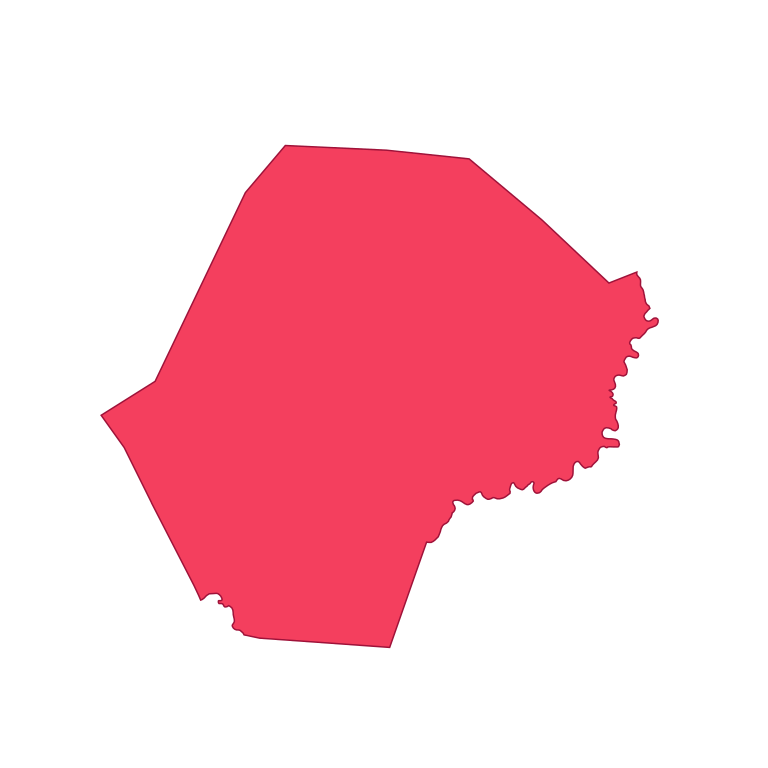 outline of Shaamar, Selenge, Mongolia, rotated 255°
{"feature_id": "93677404B82499437232686", "entity_name": "Shaamar", "entity_type": "district", "adm_level": 2, "iso_a3": "MNG", "parent_name": "Mongolia", "parent_adm1": "Selenge", "projection": "orthographic", "projection_center": [106.157, 50.033], "detail": "fine", "context": "isolated", "style": "filled", "palette": "rose", "viewbox_px": 768, "rotation_deg": 255, "n_neighbors": 0, "source": "geoboundaries", "source_scale": "gbopen_adm2", "svg_char_len": 4935}
<svg xmlns="http://www.w3.org/2000/svg" viewBox="0 0 768 768"><g transform="rotate(255 384 384)"><path d="M427.0,102.7L389.9,116.6L329.7,128.7L329.3,128.7L238.6,148.3L228.1,150.2L222.7,151.0L222.9,152.6L223.7,154.7L225.6,157.8L226.6,160.9L226.2,162.8L225.8,164.7L225.2,167.9L224.5,169.3L223.2,170.4L221.4,171.4L219.3,171.9L217.9,171.9L217.2,171.4L217.0,170.6L217.1,169.6L217.5,168.5L217.4,168.0L216.5,167.6L215.5,167.5L214.7,167.8L214.4,168.6L214.1,169.9L213.4,171.2L212.1,171.7L210.6,172.0L209.8,172.7L209.6,173.8L209.6,175.1L210.1,176.6L209.1,177.7L207.1,179.1L204.8,179.5L202.4,179.2L200.2,178.7L198.3,178.6L195.7,178.5L193.6,178.1L192.5,177.4L190.4,175.1L189.6,174.8L188.4,175.0L187.1,175.4L185.6,176.5L184.6,178.0L184.2,179.5L183.4,181.1L182.0,182.1L179.8,183.5L177.9,183.9L170.7,198.1L128.1,321.3L196.4,367.9L220.2,384.2L219.9,385.0L219.5,386.1L218.8,388.5L219.2,390.6L220.0,392.7L221.5,395.3L222.4,396.9L226.0,399.6L227.0,400.3L228.7,401.2L230.2,402.3L231.9,403.8L232.9,405.6L233.5,408.4L234.7,410.7L236.2,411.8L237.6,413.5L238.2,414.4L241.1,416.2L241.7,416.3L242.0,417.0L242.7,418.4L243.9,419.7L245.4,420.5L246.9,420.6L248.4,420.4L249.6,419.8L250.8,419.8L252.1,419.8L252.7,420.2L253.3,421.2L253.3,422.4L252.8,425.0L251.6,427.3L249.9,429.1L247.6,431.0L246.0,433.0L245.7,434.3L245.8,435.9L246.7,438.3L247.8,439.9L248.9,440.0L249.8,439.5L252.1,440.4L253.2,442.0L254.7,444.8L254.8,446.0L255.1,448.0L254.9,449.2L253.9,449.9L252.6,450.1L251.1,450.3L249.3,451.1L247.0,453.0L245.8,454.4L245.5,455.7L245.6,457.9L246.1,459.9L245.5,461.4L243.9,463.5L243.2,465.9L243.1,469.5L243.5,471.7L244.4,474.1L245.3,476.2L245.7,477.3L247.3,478.0L248.5,477.9L249.9,478.1L251.4,479.0L253.3,480.2L254.8,481.3L255.2,482.4L255.2,483.5L254.5,484.0L253.1,484.3L251.1,484.8L249.1,486.1L247.0,488.6L246.1,490.1L246.2,491.6L247.6,494.0L248.3,495.7L249.5,497.4L249.7,498.5L250.1,499.4L251.3,500.9L251.3,501.8L251.0,502.6L250.2,503.2L249.4,503.3L248.5,502.7L246.9,501.8L245.2,501.2L243.4,501.0L241.7,501.2L240.3,501.8L239.2,502.8L238.8,504.2L238.8,506.1L239.6,507.8L241.1,509.6L242.2,511.9L243.8,516.2L244.5,518.6L245.0,520.9L245.2,523.4L245.2,524.7L246.6,526.3L247.4,527.6L247.5,528.8L246.6,530.3L244.4,532.5L243.4,534.8L243.4,536.9L243.9,538.9L245.2,541.1L247.1,542.7L249.0,543.5L252.8,544.6L255.5,545.4L257.6,546.9L258.7,548.3L259.2,549.8L258.9,551.6L257.6,552.5L255.7,553.2L253.0,554.5L251.3,555.8L250.6,556.6L250.9,559.5L250.9,560.9L250.4,562.5L250.7,563.3L251.6,564.2L252.9,566.3L254.0,568.4L255.4,570.6L257.3,572.0L259.6,572.4L260.8,572.5L262.7,572.9L264.0,573.6L265.2,574.7L266.3,575.8L266.9,577.2L267.0,578.4L266.9,579.8L266.6,580.8L265.8,581.4L265.0,582.4L264.8,582.9L265.2,583.9L265.1,585.3L264.4,587.6L263.8,589.5L263.2,591.8L262.8,593.0L262.8,594.3L264.6,595.7L267.7,595.8L268.8,595.4L269.6,594.8L270.5,593.5L271.5,591.3L272.2,589.4L273.1,586.3L274.2,583.9L275.4,582.5L277.0,581.8L279.0,581.7L281.1,582.2L282.6,583.5L284.0,585.2L284.3,587.3L283.4,589.6L282.0,591.7L280.7,592.5L279.6,594.0L279.0,595.2L279.4,596.7L280.1,598.0L281.1,598.9L283.0,599.5L285.3,599.6L287.9,599.3L290.1,598.6L291.9,598.8L294.2,599.4L297.2,601.0L298.7,601.9L300.5,602.6L301.8,602.7L302.5,602.1L303.1,601.4L303.6,600.6L304.0,600.4L304.5,600.6L304.7,600.9L305.0,601.6L305.2,602.6L305.3,603.1L306.0,603.5L306.7,603.5L307.3,603.2L308.0,602.5L308.9,601.6L310.0,600.9L310.8,600.6L311.5,599.8L311.9,599.3L312.6,598.9L312.9,599.1L313.0,599.6L313.0,600.2L312.9,601.2L313.4,601.9L314.4,602.5L315.4,602.6L316.2,602.4L317.4,601.8L318.2,601.2L319.0,600.3L319.6,599.9L319.8,600.1L319.7,600.6L319.6,601.5L319.4,602.6L319.6,604.5L320.4,606.0L321.8,607.0L323.8,607.4L326.2,607.2L328.4,607.0L329.9,607.6L331.4,609.1L332.0,610.7L332.0,612.2L331.8,613.4L331.2,614.6L330.5,615.8L329.8,617.3L330.0,619.0L330.6,620.6L332.3,621.7L334.8,622.6L339.8,622.3L343.4,621.5L344.9,622.4L347.2,624.8L347.5,625.8L347.6,626.9L347.4,628.2L346.6,629.8L345.4,631.3L344.5,633.0L343.9,634.5L344.0,635.6L344.7,636.6L345.9,637.3L347.7,637.4L348.7,636.8L349.9,635.7L351.2,634.2L353.0,632.8L354.3,632.3L356.0,632.6L357.8,632.6L358.4,632.3L359.2,631.8L360.2,631.9L361.6,632.9L363.0,634.6L363.8,636.2L363.7,638.2L363.4,639.7L362.6,641.0L362.1,642.2L362.3,643.3L363.1,644.5L364.2,646.4L365.3,648.5L366.5,650.2L367.9,651.6L368.9,653.3L369.4,655.2L369.5,657.8L370.0,661.5L370.9,663.2L372.6,664.6L374.5,665.3L375.8,665.2L377.1,664.2L377.5,663.2L377.7,661.8L377.2,660.3L376.5,658.8L376.1,657.2L376.1,656.1L376.8,654.5L378.1,653.3L380.0,652.7L382.3,652.5L384.5,654.3L385.6,656.2L386.9,658.0L387.5,659.1L388.2,660.4L390.8,660.1L392.7,658.6L394.1,658.1L396.1,657.8L397.7,658.1L400.0,658.1L402.0,658.4L403.5,658.4L405.6,658.6L407.7,658.6L409.3,658.2L411.2,657.4L412.3,657.2L413.8,657.5L416.3,658.3L418.2,658.7L420.0,658.4L421.9,657.4L423.8,656.6L425.0,656.6L426.7,657.2L423.3,627.4L501.6,579.0L579.4,524.5L609.2,446.9L639.9,350.4L604.8,299.7L445.8,163.6L427.0,102.7Z" fill="#f43f5e" stroke="#9f1239" stroke-width="1.5"/></g></svg>